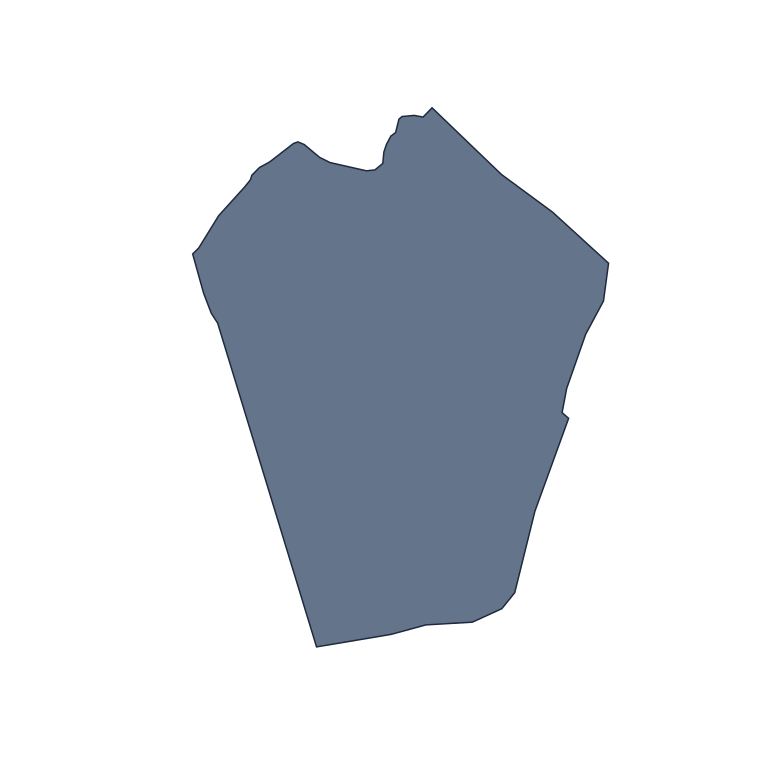 Ali Sabeh, Ali Sabieh, Djibouti, rotated 132°
{"feature_id": "41766387B65421474667097", "entity_name": "Ali Sabeh", "entity_type": "district", "adm_level": 2, "iso_a3": "DJI", "parent_name": "Djibouti", "parent_adm1": "Ali Sabieh", "projection": "orthographic", "projection_center": [42.832, 11.234], "detail": "fine", "context": "isolated", "style": "filled", "palette": "slate", "viewbox_px": 768, "rotation_deg": 132, "n_neighbors": 0, "source": "geoboundaries", "source_scale": "gbopen_adm2", "svg_char_len": 723}
<svg xmlns="http://www.w3.org/2000/svg" viewBox="0 0 768 768"><g transform="rotate(132 384 384)"><path d="M286.0,223.8L286.1,232.5L265.0,245.3L212.1,267.4L175.5,276.4L144.0,297.9L143.5,373.6L149.7,437.0L146.6,533.1L159.5,533.6L164.2,541.3L173.2,549.6L177.2,550.1L189.4,543.6L195.2,544.8L204.3,542.5L211.7,539.3L220.9,532.5L231.0,534.0L237.4,539.8L237.7,540.4L255.6,572.4L258.7,583.7L259.4,603.5L261.7,610.0L265.8,612.2L295.6,617.6L301.3,619.6L306.4,621.4L317.3,621.9L321.6,619.9L330.6,619.4L369.5,619.5L406.9,612.7L415.4,613.2L437.3,578.7L447.0,559.7L450.1,548.3L624.5,258.2L565.2,211.1L535.0,191.7L501.9,159.0L472.1,146.1L451.6,147.2L377.6,186.7L286.0,223.8Z" fill="#64748b" stroke="#1e293b" stroke-width="1.5"/></g></svg>